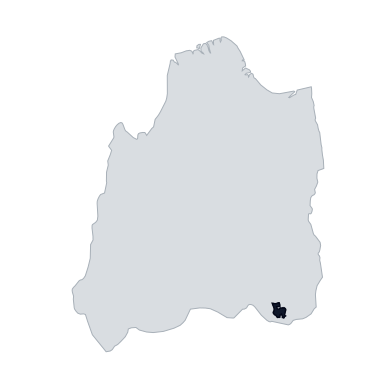 Goronyo, Sokoto, Nigeria (highlighted), rotated 170°
{"feature_id": "59680162B20432910054227", "entity_name": "Goronyo", "entity_type": "district", "adm_level": 2, "iso_a3": "NGA", "parent_name": "Nigeria", "parent_adm1": "Sokoto", "projection": "equal_earth", "projection_center": [5.745, 13.352], "detail": "fine", "context": "in_parent", "style": "filled", "palette": "ink", "viewbox_px": 384, "rotation_deg": 170, "n_neighbors": 0, "source": "geoboundaries", "source_scale": "gbopen_adm2", "svg_char_len": 4768}
<svg xmlns="http://www.w3.org/2000/svg" viewBox="0 0 384 384"><g transform="rotate(170 192 192)"><path d="M304.3,49.6L314.9,68.7L317.3,82.9L318.2,89.9L319.9,90.8L323.2,91.1L325.5,92.5L327.0,94.9L327.9,97.0L328.1,98.3L327.5,106.9L326.7,110.0L327.2,114.2L327.1,116.0L326.7,117.2L325.3,118.6L323.3,120.0L318.7,124.1L317.3,124.7L315.4,124.8L313.7,125.8L311.6,128.0L307.3,136.2L303.7,144.4L301.0,157.8L297.8,161.9L297.2,165.6L296.7,173.9L296.2,176.4L295.7,177.2L292.2,178.8L290.1,180.7L288.9,184.5L287.4,197.3L286.9,199.4L285.7,201.6L283.9,204.0L282.4,205.4L278.3,206.2L274.4,215.9L274.4,217.6L272.7,226.4L269.8,233.0L269.6,237.2L265.9,243.1L263.9,247.0L266.0,251.2L266.1,251.8L259.7,258.9L259.3,259.9L259.1,264.8L258.6,266.1L257.4,267.9L255.7,269.8L253.9,271.3L251.9,272.4L250.0,272.8L248.9,272.2L248.3,270.7L247.2,264.8L246.6,263.5L245.4,262.3L240.4,255.8L237.4,253.5L236.7,253.7L236.2,254.3L235.4,257.6L234.5,258.8L233.0,259.2L230.2,259.2L228.2,258.8L227.7,258.1L226.8,255.6L220.6,261.5L218.5,262.8L215.7,269.9L211.8,273.4L209.2,276.4L202.0,286.0L200.6,288.9L199.2,293.1L196.1,311.1L191.2,322.4L190.5,324.8L190.2,324.7L189.6,325.7L187.6,325.1L186.8,323.0L185.6,322.6L183.5,319.6L183.1,320.1L185.3,327.9L184.5,330.9L178.4,331.0L173.2,332.0L169.6,331.9L167.8,330.8L167.0,327.9L166.7,328.2L166.5,329.8L165.3,331.0L161.3,331.2L159.5,329.2L158.1,327.0L156.5,326.0L156.8,326.9L158.6,329.1L158.3,332.2L155.1,335.9L153.0,336.1L151.8,334.5L151.1,332.0L150.8,328.2L149.9,325.7L149.5,325.7L150.0,329.8L150.0,333.6L151.6,336.6L149.2,337.5L146.4,337.6L146.0,336.5L145.6,334.1L145.1,333.4L144.6,337.6L138.7,338.8L137.9,338.6L137.7,337.8L138.1,336.7L138.0,334.8L136.8,336.2L136.5,339.1L135.8,339.6L133.6,339.2L131.2,337.7L127.2,334.1L122.4,328.1L121.6,325.5L120.2,322.2L117.7,313.2L118.1,312.8L119.2,313.3L119.8,312.5L117.8,311.9L117.4,311.2L117.2,309.2L117.3,306.8L120.4,305.5L121.1,304.0L121.5,302.6L117.7,304.8L114.2,302.3L113.4,300.7L113.8,299.6L117.9,299.5L119.4,298.3L118.5,297.9L116.9,298.0L116.3,297.2L116.4,295.4L115.9,295.8L115.2,297.4L112.8,298.6L111.5,297.4L111.3,294.7L111.0,293.5L109.8,292.6L105.7,285.5L100.5,279.6L95.8,275.6L88.8,273.6L74.2,273.7L73.4,273.1L74.3,272.2L75.6,271.6L80.3,268.3L79.5,267.9L74.6,269.9L72.9,270.1L70.7,274.1L56.3,274.9L56.3,273.1L57.0,267.9L57.9,264.3L56.9,260.0L56.7,256.0L57.3,254.8L57.5,253.3L57.4,243.3L58.2,241.8L58.2,240.7L56.7,236.4L56.7,233.1L56.4,229.9L55.9,228.5L56.6,216.2L56.4,213.1L56.8,211.0L57.1,205.7L57.1,200.5L58.1,192.3L64.2,191.2L65.8,188.0L66.6,183.9L66.4,179.9L68.4,176.4L70.8,173.3L70.7,169.8L71.4,168.8L72.5,168.0L74.2,167.6L76.0,165.9L77.0,162.9L78.1,158.1L76.5,154.8L76.5,154.0L77.1,152.3L78.1,150.5L78.9,149.9L80.6,150.4L81.2,149.6L82.4,144.4L82.3,143.0L80.6,139.4L79.7,129.9L79.3,128.6L78.0,126.9L74.6,120.2L74.6,117.0L76.1,112.9L77.0,111.0L78.3,109.9L78.6,108.9L78.2,107.8L77.6,106.9L77.4,105.1L78.1,102.6L77.9,99.8L78.3,85.4L81.1,82.6L85.1,78.0L87.2,73.1L88.3,69.4L89.7,57.1L91.9,55.8L95.9,51.3L101.5,48.7L105.1,47.9L111.4,48.4L114.6,48.0L117.3,45.5L118.5,44.8L120.2,44.4L135.9,50.8L137.4,50.5L138.6,51.0L140.5,52.6L145.1,58.6L150.0,67.8L151.5,69.8L153.1,70.8L154.6,71.2L155.8,71.1L156.9,70.2L158.4,68.4L160.7,67.6L162.6,67.8L172.4,60.8L173.3,60.7L179.3,62.2L187.5,69.3L194.3,73.9L199.0,75.4L204.5,76.5L213.9,76.9L221.0,66.9L223.6,64.8L226.8,62.8L233.4,61.0L244.3,59.7L254.6,60.3L261.0,62.0L267.8,65.2L270.7,68.3L275.3,68.8L278.5,68.2L279.6,65.1L282.8,61.1L287.7,57.4L291.7,54.7L295.0,53.6L297.9,50.6L300.2,49.6L304.3,49.6ZM161.7,335.2L159.5,336.2L158.0,335.9L160.0,331.8L161.0,332.7L162.3,333.1L161.7,335.2Z" fill="#d9dde1" stroke="#a8b0b8" stroke-width="1"/><path d="M129.8,53.8L129.5,53.6L129.0,53.7L128.6,53.7L128.4,53.6L128.1,53.6L128.0,53.4L127.7,53.4L127.2,53.5L127.1,54.0L127.0,54.5L126.7,55.0L126.7,55.4L126.7,55.6L126.4,55.6L125.9,55.8L125.0,56.3L124.9,56.1L125.0,55.8L125.0,55.3L124.5,54.3L124.4,53.3L124.6,53.2L124.8,53.1L124.7,52.8L124.7,52.7L124.4,52.7L124.0,52.5L123.8,52.4L123.7,52.2L123.4,52.4L123.2,52.5L123.0,52.4L122.8,52.9L122.6,53.1L122.4,53.2L121.4,53.7L121.8,54.1L122.1,54.7L122.1,55.7L121.7,56.0L121.6,56.3L121.2,57.2L120.5,59.0L120.1,59.6L120.3,60.8L120.6,61.1L120.9,61.6L121.0,61.7L121.2,61.4L121.3,61.4L121.5,61.5L122.4,62.3L122.8,62.2L122.7,62.1L122.9,61.9L123.5,62.2L125.2,62.2L126.1,61.8L126.6,61.7L127.3,61.6L128.4,62.2L128.6,64.3L127.7,64.2L126.6,64.1L126.0,64.0L125.7,64.0L125.4,63.8L125.3,64.5L125.1,65.4L125.4,67.8L126.4,67.9L126.9,67.8L127.4,67.7L128.4,67.4L129.5,67.6L129.8,67.6L130.4,67.8L131.7,68.4L132.3,68.5L132.2,68.2L132.0,67.9L132.0,67.6L132.1,67.4L132.0,67.2L132.1,66.8L131.7,65.5L131.4,63.3L131.6,61.4L132.4,60.2L133.0,59.0L132.9,58.7L132.7,58.1L132.6,57.8L132.0,56.8L131.3,56.3L130.9,56.2L129.8,53.8Z" fill="#0f172a" stroke="#020617" stroke-width="1.5"/></g></svg>